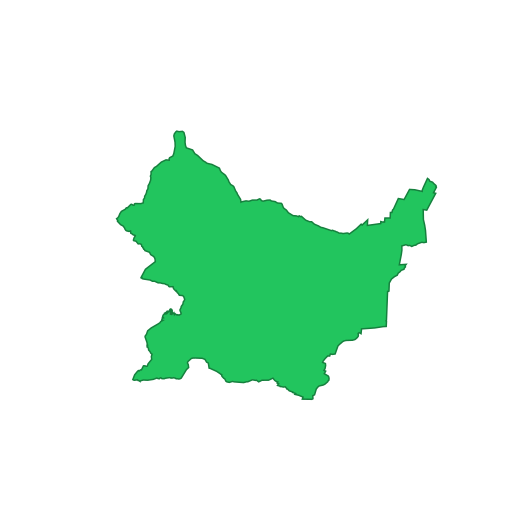 outline of Geoagiu, Hunedoara, Romania, rotated 313°
{"feature_id": "2599482B22315880947882", "entity_name": "Geoagiu", "entity_type": "district", "adm_level": 2, "iso_a3": "ROU", "parent_name": "Romania", "parent_adm1": "Hunedoara", "projection": "natural_earth1", "projection_center": [23.19, 45.959], "detail": "fine", "context": "isolated", "style": "filled", "palette": "green", "viewbox_px": 512, "rotation_deg": 313, "n_neighbors": 0, "source": "geoboundaries", "source_scale": "gbopen_adm2", "svg_char_len": 6151}
<svg xmlns="http://www.w3.org/2000/svg" viewBox="0 0 512 512"><g transform="rotate(313 256 256)"><path d="M214.4,393.8L214.8,394.0L216.0,393.2L217.1,391.8L217.5,390.7L216.5,386.2L219.3,385.5L218.7,383.7L220.7,383.3L223.4,381.6L224.7,380.1L223.6,377.3L224.8,376.8L228.2,376.5L231.8,376.6L233.1,378.1L235.0,377.2L236.2,379.0L238.3,380.7L246.0,377.3L248.0,377.3L252.5,377.8L253.9,378.3L255.6,379.4L260.2,384.0L262.3,385.3L263.2,385.5L265.5,385.7L267.0,385.5L268.0,384.8L269.0,383.5L270.3,383.7L270.8,385.8L274.7,382.9L284.4,391.9L291.0,397.1L293.3,399.3L297.2,396.0L297.2,395.3L298.0,395.2L319.8,376.4L320.7,377.2L321.1,377.1L327.1,371.9L331.6,370.8L335.5,371.4L338.3,372.4L340.3,371.7L343.0,372.1L344.4,371.9L347.2,373.3L348.1,372.8L350.0,372.7L350.5,371.7L352.3,371.5L347.3,366.8L356.4,361.1L359.8,358.7L362.8,355.8L366.3,357.8L366.8,358.5L367.3,360.2L368.4,361.0L368.8,361.8L369.2,363.4L371.5,364.3L373.0,365.5L375.1,365.8L379.1,367.9L380.3,369.7L382.3,371.1L390.3,362.5L393.6,358.3L396.8,353.6L404.0,346.6L406.0,349.6L424.0,344.8L424.4,344.7L423.3,342.7L429.2,341.1L429.2,340.3L430.0,340.2L430.3,339.3L430.2,336.6L430.4,334.8L429.2,332.0L429.9,330.4L429.7,328.5L420.6,331.5L417.3,332.8L416.6,333.5L412.7,326.9L409.4,322.9L398.3,325.8L395.1,320.9L384.0,324.6L382.8,324.5L380.5,325.7L379.5,324.6L375.3,328.2L371.7,324.4L368.5,326.8L368.2,326.2L367.5,326.0L366.3,323.8L364.8,325.1L354.3,316.6L358.6,313.0L351.0,312.5L351.0,311.2L344.3,310.8L335.6,309.2L335.6,308.1L335.0,307.0L331.7,304.3L331.1,303.1L329.4,301.2L329.0,299.2L328.5,298.4L328.0,296.6L327.6,296.1L327.0,294.4L326.0,293.9L322.3,285.7L321.2,283.9L320.6,281.2L319.1,277.1L319.0,273.3L317.6,271.8L316.1,267.9L316.0,262.2L315.1,261.6L314.9,260.3L314.5,260.1L313.8,260.3L312.8,258.1L310.8,255.6L309.7,250.2L310.3,246.9L309.9,243.8L310.4,242.2L311.7,239.7L311.8,238.6L309.4,235.6L308.8,232.8L306.7,229.7L306.6,228.3L306.3,227.9L304.3,226.0L301.1,223.9L300.6,223.2L300.2,222.1L300.6,220.5L300.2,219.6L297.5,218.5L294.4,215.2L291.2,213.5L289.5,211.1L285.9,208.6L285.1,208.3L286.9,206.1L288.5,200.3L289.2,199.0L289.6,196.9L291.6,192.4L291.6,191.3L291.0,188.7L291.9,185.3L292.6,184.2L294.2,178.6L293.7,173.6L294.1,171.8L295.3,169.3L292.9,161.3L291.2,158.4L290.2,156.4L290.3,155.4L289.6,152.4L289.7,144.7L289.1,141.5L290.3,137.3L287.6,131.3L288.7,129.1L290.7,126.6L294.4,123.4L297.2,119.0L297.0,117.2L294.4,114.9L293.3,112.9L292.2,112.7L289.6,113.0L287.8,114.0L284.0,119.2L281.1,122.1L275.1,125.9L272.4,127.0L269.0,125.8L268.1,126.0L266.9,127.2L264.9,124.6L260.1,122.7L253.6,122.1L251.4,121.4L247.1,121.9L246.1,121.7L244.2,123.6L242.4,124.3L241.6,125.7L239.6,127.2L236.3,128.6L233.8,129.2L231.5,131.1L229.1,131.7L228.0,132.5L225.9,133.4L223.8,133.8L222.3,135.0L220.6,135.1L218.0,137.3L215.8,136.1L211.9,131.8L211.2,131.6L209.9,132.2L209.3,131.4L209.0,129.8L208.4,129.3L203.5,129.1L202.8,128.3L201.0,128.5L196.8,127.1L194.1,127.6L191.2,128.7L189.8,128.9L188.2,128.6L187.7,130.7L187.3,130.7L186.9,131.0L186.6,135.6L187.3,138.2L186.9,140.6L186.3,141.9L186.0,143.3L186.1,144.1L187.3,146.3L188.7,147.2L187.3,148.8L187.7,150.7L187.7,151.8L188.6,153.5L188.5,154.0L186.3,154.4L184.0,155.5L183.8,156.0L185.0,158.2L184.5,161.6L185.8,162.8L186.3,164.3L185.2,165.8L185.4,167.0L184.9,167.5L184.9,168.3L184.4,169.2L184.7,169.9L184.2,171.1L186.1,175.6L185.2,178.0L185.8,181.2L185.7,182.4L185.1,184.0L183.2,186.2L170.9,184.2L161.9,186.6L162.0,187.2L161.8,187.3L162.3,187.7L161.9,188.4L162.5,189.5L166.2,194.9L166.9,197.5L168.4,199.1L169.6,202.7L171.0,204.2L172.2,206.5L173.4,208.0L173.9,209.9L174.7,211.3L174.3,213.1L174.5,213.7L177.0,216.3L176.2,217.3L175.8,218.7L175.7,221.5L176.2,221.5L175.5,223.5L175.6,224.7L175.0,226.7L177.0,229.3L177.0,230.8L175.7,233.4L174.1,234.0L173.1,234.0L170.8,235.4L168.1,235.7L167.4,236.3L164.8,237.1L164.2,237.8L163.3,239.9L162.6,240.7L160.2,240.1L159.8,239.0L159.2,238.7L159.2,238.2L158.7,237.9L158.6,236.1L157.8,236.2L158.3,235.7L158.0,235.5L158.4,234.8L157.5,234.9L157.2,234.7L157.3,234.1L156.8,234.2L156.6,233.8L155.7,234.2L155.1,233.1L155.6,232.7L156.0,232.9L156.5,232.2L157.2,233.7L157.8,233.3L157.7,232.4L158.7,232.3L159.4,230.9L159.2,229.8L158.5,229.5L158.0,229.6L158.1,230.7L157.8,231.3L157.4,231.4L156.7,230.7L155.0,230.0L156.0,229.7L154.9,229.3L155.0,228.7L153.8,228.8L152.5,228.4L152.7,228.8L153.5,229.0L153.6,229.6L153.4,229.9L153.2,229.6L152.7,229.9L151.1,228.5L149.4,228.4L147.4,229.4L147.8,229.8L147.7,230.5L146.7,229.9L144.6,230.9L145.2,231.7L142.9,231.0L141.8,231.3L139.4,230.7L131.9,228.4L127.4,227.8L124.0,229.3L122.0,229.5L121.2,230.0L118.5,235.1L116.6,237.6L116.3,237.3L116.1,237.6L116.4,237.8L115.7,238.1L115.9,238.2L115.3,239.3L115.2,240.2L114.0,241.6L113.8,243.7L113.2,245.2L113.3,246.9L111.0,248.1L109.3,250.2L103.6,250.6L101.3,251.6L100.5,251.0L99.9,249.6L98.9,248.6L94.6,249.9L93.9,249.2L92.2,248.9L92.0,248.1L90.5,248.0L86.3,248.3L81.6,250.2L82.0,251.6L84.6,253.8L84.5,254.7L85.0,255.3L85.2,256.6L85.4,256.4L88.4,258.1L91.3,261.5L95.7,265.0L99.1,266.7L99.6,268.1L100.4,269.1L101.7,269.1L102.1,269.6L102.1,270.8L102.6,271.4L103.7,272.6L104.8,273.1L107.7,275.4L108.5,276.2L108.7,277.1L109.0,277.1L109.6,278.0L110.8,278.7L110.9,279.2L111.5,279.8L111.5,280.6L112.2,281.9L112.9,282.5L113.4,283.5L114.5,284.2L115.7,284.6L125.5,282.6L128.5,282.8L130.4,280.5L131.0,278.8L132.3,278.2L137.0,278.6L138.4,279.5L140.3,281.5L144.5,286.4L145.6,289.2L144.7,292.2L145.2,294.1L142.0,298.2L142.5,299.0L144.8,305.9L145.5,310.2L145.5,310.9L145.8,311.4L145.8,312.0L145.4,312.1L144.8,313.2L144.6,315.8L144.8,317.1L143.9,319.4L144.1,320.6L145.4,322.7L148.2,324.3L149.1,325.9L155.0,333.3L157.6,334.9L158.4,335.8L163.0,337.8L164.8,340.6L165.5,341.1L165.8,343.8L169.2,345.1L173.8,349.9L178.2,351.7L177.8,354.6L178.2,357.2L178.7,357.7L177.5,358.2L178.1,359.6L176.0,360.0L177.1,362.1L177.0,362.8L177.4,363.0L178.9,365.5L180.3,366.6L180.1,368.3L179.8,369.2L180.2,369.4L180.1,372.3L181.6,375.7L181.2,375.9L182.4,378.6L181.8,378.7L182.0,379.2L181.5,379.1L183.3,382.3L184.9,386.6L182.9,387.5L189.3,394.6L190.4,395.0L192.6,392.8L194.4,393.5L199.8,390.8L202.4,390.6L204.0,390.8L207.4,393.1L209.2,393.8L212.9,394.2L214.4,393.8Z" fill="#22c55e" stroke="#15803d" stroke-width="1.5"/></g></svg>